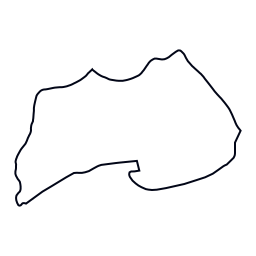 Giao Thuy, Nam Định, Vietnam
{"feature_id": "81297802B51483513425235", "entity_name": "Giao Thuy", "entity_type": "district", "adm_level": 2, "iso_a3": "VNM", "parent_name": "Vietnam", "parent_adm1": "Nam Định", "projection": "natural_earth1", "projection_center": [106.442, 20.247], "detail": "fine", "context": "isolated", "style": "outline", "palette": "ink", "viewbox_px": 256, "rotation_deg": 0, "n_neighbors": 0, "source": "geoboundaries", "source_scale": "gbopen_adm2", "svg_char_len": 3191}
<svg xmlns="http://www.w3.org/2000/svg" viewBox="0 0 256 256"><path d="M240.6,130.7L238.8,128.4L238.5,128.1L237.7,126.9L236.6,125.2L235.4,122.6L234.8,121.0L232.6,115.9L232.1,114.7L230.5,111.4L229.5,109.4L228.2,107.4L225.8,104.2L224.4,102.4L222.9,100.6L221.2,98.5L220.0,97.3L217.3,94.4L214.6,91.3L213.2,89.4L212.6,88.6L209.5,84.6L207.7,82.3L204.9,78.8L203.5,76.8L200.7,73.7L200.1,73.3L198.2,71.5L194.3,68.0L193.6,67.3L192.2,66.1L189.6,63.1L188.8,62.2L187.9,61.2L185.9,57.8L184.6,55.1L183.7,53.7L181.3,51.3L180.5,50.7L180.1,50.5L178.7,50.4L178.0,50.5L175.8,51.8L174.0,53.1L171.7,54.8L168.9,57.1L166.6,58.4L164.5,59.2L162.7,59.4L161.5,59.4L159.6,59.1L156.4,58.6L155.5,58.6L154.9,58.6L154.6,58.6L154.4,58.7L153.7,59.0L152.7,59.5L151.6,60.2L150.7,60.8L149.9,61.6L148.8,62.8L147.5,64.8L147.0,65.4L145.3,67.9L143.8,70.1L142.6,71.5L142.0,72.3L141.4,73.1L140.1,74.3L139.3,75.0L138.3,75.6L136.6,76.4L132.8,78.1L130.6,78.9L127.6,79.8L125.9,80.2L122.7,80.8L118.7,80.8L116.3,80.6L112.0,79.9L111.8,79.9L109.8,79.5L109.2,79.3L108.5,79.0L107.7,78.6L106.7,78.1L104.8,77.3L102.6,76.6L100.9,75.8L98.5,74.4L97.1,73.4L96.7,73.1L95.1,71.8L93.5,70.6L92.3,69.6L92.2,69.4L90.9,70.7L90.3,71.2L89.4,72.1L89.2,72.3L88.3,73.0L87.5,74.0L86.1,75.7L84.9,76.7L82.9,78.2L80.4,80.0L78.8,80.9L76.0,82.4L73.7,83.5L72.6,84.1L70.6,85.0L68.8,85.6L66.8,86.3L65.0,86.7L62.9,87.1L61.5,87.2L59.8,87.2L57.4,87.4L55.1,87.6L53.8,87.8L51.4,88.3L49.5,88.7L47.5,89.1L45.7,89.4L44.0,89.5L42.7,89.8L41.5,90.3L40.6,90.9L39.7,91.7L38.8,92.7L38.6,92.9L37.5,94.2L36.9,95.1L36.5,95.9L36.0,97.8L35.0,102.0L34.3,105.2L33.9,108.0L33.9,110.9L33.8,111.9L33.6,114.0L33.3,118.2L33.0,120.2L33.0,121.1L32.7,121.8L32.3,122.7L31.6,124.2L31.2,125.8L31.0,127.6L30.9,128.9L31.0,129.8L31.0,130.3L30.8,131.6L30.4,132.9L29.8,134.3L29.1,135.4L28.8,136.2L27.9,138.0L26.9,140.7L26.1,142.4L25.5,143.7L24.9,144.4L24.7,144.7L22.1,147.9L20.9,149.5L20.2,150.7L19.2,152.5L18.1,154.5L17.1,156.5L16.6,158.0L16.3,158.6L15.8,160.4L15.6,161.4L15.6,162.2L15.8,163.1L16.0,164.0L16.1,164.7L16.0,165.8L16.0,166.9L16.0,167.9L15.9,169.2L15.6,170.4L15.4,171.7L15.4,172.7L15.4,173.8L16.0,175.8L16.3,176.3L17.7,178.9L18.8,180.3L19.0,180.5L19.5,181.3L19.9,182.0L20.0,182.6L20.2,183.5L20.4,184.7L20.6,186.4L20.6,187.9L20.6,188.9L20.4,190.0L20.0,191.2L19.6,191.8L18.6,192.7L17.7,193.8L17.0,194.8L16.5,195.4L16.3,196.3L16.1,197.3L16.1,197.8L16.1,198.6L16.3,200.3L16.8,201.8L17.3,203.2L17.9,204.2L18.0,204.6L18.4,205.1L18.8,205.4L19.4,205.6L19.9,205.6L20.3,205.4L20.8,205.2L21.4,204.6L22.1,203.7L22.5,203.4L22.9,203.2L23.3,203.1L23.9,203.1L24.6,203.2L25.3,203.3L26.0,203.6L42.5,191.6L51.4,186.3L66.2,177.3L73.9,173.0L76.3,172.8L81.8,172.9L85.0,172.3L88.9,171.1L93.6,168.4L97.1,166.5L98.6,165.8L101.3,164.9L115.3,163.1L119.7,162.6L136.9,160.9L139.3,170.6L134.5,171.4L131.1,171.5L129.6,172.3L129.3,173.3L129.2,174.5L129.4,175.6L129.9,176.9L132.5,180.6L135.6,183.4L138.4,185.5L141.5,187.2L145.8,189.1L148.3,189.6L152.0,190.0L156.8,189.7L166.0,188.1L184.3,184.0L196.2,180.2L205.1,177.3L212.8,173.7L218.1,170.0L223.4,166.2L225.0,165.3L226.7,164.6L230.6,160.8L233.6,157.8L234.4,156.2L234.8,155.0L235.0,153.2L235.0,151.7L235.0,142.6L240.6,130.7Z" fill="none" stroke="#020617" stroke-width="2"/></svg>